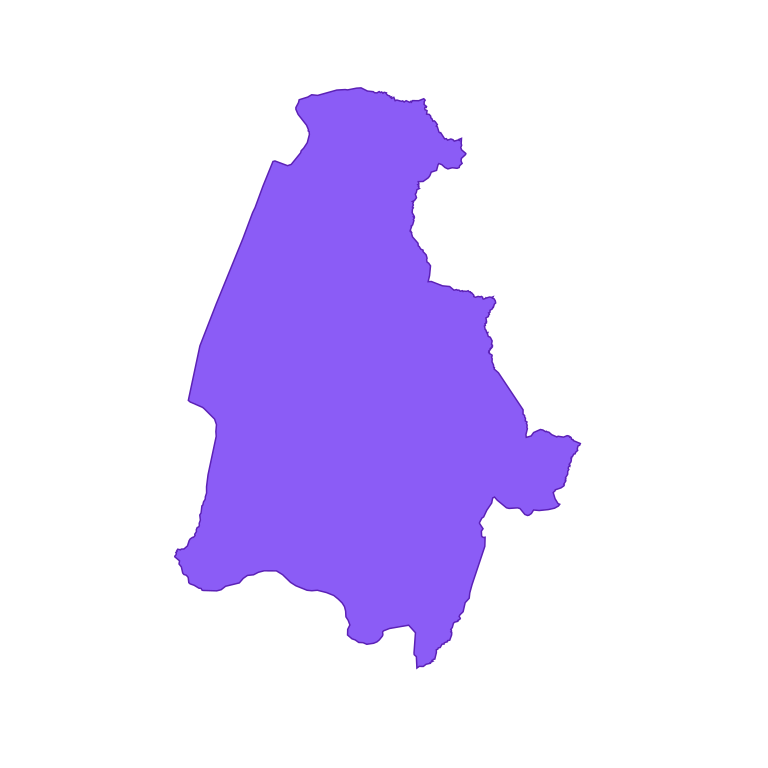 the district of Sawla-tuna-kalba, Northern, Ghana, rotated 299°
{"feature_id": "2480657B66384530229883", "entity_name": "Sawla-tuna-kalba", "entity_type": "district", "adm_level": 2, "iso_a3": "GHA", "parent_name": "Ghana", "parent_adm1": "Northern", "projection": "orthographic", "projection_center": [-2.328, 9.481], "detail": "fine", "context": "isolated", "style": "filled", "palette": "violet", "viewbox_px": 768, "rotation_deg": 299, "n_neighbors": 0, "source": "geoboundaries", "source_scale": "gbopen_adm2", "svg_char_len": 6171}
<svg xmlns="http://www.w3.org/2000/svg" viewBox="0 0 768 768"><g transform="rotate(299 384 384)"><path d="M328.1,204.5L274.8,220.8L274.3,223.2L275.6,236.7L275.2,238.8L271.2,252.8L267.2,257.2L260.9,260.0L256.9,262.6L219.3,274.1L208.1,278.6L202.6,281.7L198.8,282.4L196.5,283.5L193.4,283.3L190.3,284.2L189.1,283.8L182.6,286.5L180.1,286.4L175.9,289.4L172.6,289.9L170.7,291.1L169.2,291.2L167.9,290.2L165.5,290.5L164.0,291.5L160.9,291.3L159.8,292.2L157.5,291.7L157.1,290.9L154.5,289.6L152.6,289.5L147.1,290.6L142.7,289.0L141.3,286.7L140.3,286.4L139.5,283.7L137.3,283.6L137.1,284.1L135.6,283.7L135.2,284.5L133.9,284.9L131.9,284.5L131.4,284.9L130.2,290.9L127.2,292.0L125.8,295.4L121.1,299.6L120.4,301.3L120.9,303.8L119.9,306.5L115.6,309.6L115.2,311.3L115.9,315.5L115.7,321.1L116.5,323.2L115.5,324.7L115.7,325.8L122.0,338.0L125.1,341.3L130.3,343.5L139.9,353.9L145.7,355.1L150.4,357.4L153.9,362.4L158.4,365.4L162.5,369.7L168.4,380.5L168.1,387.7L165.2,398.4L164.8,404.7L166.3,416.7L168.2,421.1L171.3,425.7L173.7,434.8L174.7,442.6L173.7,448.3L172.2,453.6L170.1,457.4L166.8,460.5L161.9,463.6L159.9,467.3L156.7,471.0L151.8,471.2L146.8,473.8L145.6,479.5L146.2,482.9L145.7,487.2L147.6,491.1L148.0,495.1L152.2,500.6L155.1,502.9L158.0,504.0L162.8,504.8L164.1,504.6L166.4,503.0L167.8,503.2L172.8,507.3L185.0,522.5L181.7,532.1L163.4,540.6L161.9,541.6L161.2,544.5L151.5,550.5L154.1,551.7L156.0,555.3L159.3,556.7L162.2,559.9L162.6,559.4L164.9,560.9L164.7,560.2L165.4,560.0L165.5,560.5L167.2,560.7L168.0,561.8L174.5,560.0L177.0,558.6L178.1,559.6L179.5,559.4L180.8,560.9L184.6,560.9L185.7,562.6L186.5,562.2L187.4,562.6L189.3,564.4L190.4,564.0L191.8,565.7L197.3,564.8L199.4,563.8L199.6,562.7L200.2,563.0L201.5,562.2L201.7,561.4L204.1,561.8L208.5,560.7L210.0,561.3L212.1,563.5L212.8,563.7L213.0,563.2L215.1,564.4L216.1,564.3L217.1,562.4L218.8,562.3L223.2,563.6L232.1,561.0L237.9,562.4L242.9,560.3L251.1,558.3L290.9,550.9L299.0,546.7L298.1,545.6L297.9,544.1L298.5,543.0L302.5,540.5L305.4,540.8L308.4,535.1L309.2,534.7L314.1,534.6L316.1,535.6L323.4,535.1L332.1,535.9L337.0,534.3L338.7,535.5L337.3,539.3L335.1,551.1L335.8,553.7L340.4,560.8L341.0,563.3L338.2,570.4L338.6,573.3L339.6,574.4L342.2,575.7L346.3,575.9L348.6,581.1L353.9,588.7L358.1,593.4L361.8,595.7L364.0,596.0L363.8,594.2L366.6,589.2L371.1,584.6L373.7,585.4L374.5,585.1L379.0,589.2L382.1,590.7L383.2,590.6L383.5,589.8L387.5,590.0L387.8,589.1L389.3,589.1L389.8,588.2L394.1,588.4L396.7,587.0L398.9,587.1L399.3,586.2L400.7,585.6L402.2,585.8L402.1,586.4L403.1,586.1L403.6,584.9L406.5,585.3L408.6,584.6L409.4,583.7L410.3,584.0L410.7,583.3L411.9,584.0L414.6,583.9L415.6,585.0L417.1,584.7L419.8,585.6L420.9,584.5L423.8,583.7L425.3,584.8L427.1,584.6L426.3,577.0L427.0,576.3L426.6,574.8L427.9,573.6L428.1,572.6L427.5,572.2L428.2,571.0L427.6,569.2L424.6,566.8L422.7,561.6L421.5,560.8L421.0,555.3L421.8,551.5L421.2,550.0L421.4,549.0L420.6,548.3L420.8,545.3L420.0,542.8L414.1,538.4L409.9,537.9L406.3,534.3L408.5,532.7L414.6,531.0L415.2,530.1L417.5,529.1L418.5,527.7L420.1,527.5L420.3,525.4L422.7,524.3L423.1,523.2L424.6,522.2L425.1,520.2L428.9,518.1L449.3,478.6L450.5,473.1L451.9,472.6L451.8,471.8L453.7,470.6L455.8,467.7L458.5,466.4L459.8,464.9L461.0,465.0L461.7,464.4L461.8,461.4L462.5,460.1L463.2,459.9L463.3,460.4L464.1,459.7L465.6,460.4L466.1,459.8L467.0,459.8L467.2,460.5L469.1,460.8L469.3,460.1L470.5,460.1L470.8,458.8L474.1,457.7L476.4,454.3L476.2,452.1L478.2,450.0L479.4,449.9L478.8,448.9L480.6,447.0L480.8,446.0L483.4,443.7L484.3,444.3L485.7,443.1L487.0,443.9L487.6,443.2L488.1,443.6L491.2,441.1L493.6,442.6L494.7,442.1L496.1,442.4L496.9,441.0L498.1,441.9L499.9,441.0L501.9,442.2L503.9,442.1L504.0,442.5L507.4,441.8L509.0,442.4L510.7,441.0L511.9,438.9L511.6,437.2L513.1,437.1L512.0,436.2L511.2,434.1L508.9,431.9L508.9,431.3L508.2,431.3L506.6,430.0L506.5,429.1L507.7,428.1L507.8,426.7L506.8,425.8L506.2,423.8L504.2,422.0L504.0,420.1L505.1,419.6L506.3,416.3L505.9,415.7L506.5,414.8L505.9,413.9L506.4,412.4L505.0,411.2L503.9,408.7L503.2,408.3L503.6,407.3L502.1,405.7L502.5,404.0L501.6,402.7L501.8,401.8L500.0,399.7L501.1,394.2L498.2,387.5L496.6,375.7L494.9,373.0L500.9,371.3L509.9,367.4L511.3,364.6L511.6,362.4L513.4,361.0L514.9,360.7L517.4,358.2L518.7,354.0L520.0,353.3L519.8,350.7L521.3,348.2L521.4,347.0L523.6,345.5L526.5,337.6L528.9,335.2L529.9,334.8L530.1,333.2L530.7,333.4L530.9,332.5L535.1,331.8L535.3,331.2L537.0,331.9L541.5,330.9L542.0,330.0L543.8,330.0L544.4,328.8L544.9,329.5L545.4,329.0L547.5,325.6L550.7,324.1L552.3,324.2L552.5,323.1L554.8,322.9L555.6,321.8L557.7,321.5L557.5,320.5L559.7,321.8L562.7,322.1L565.3,319.3L566.9,319.5L569.9,318.6L572.2,320.2L572.4,319.2L573.8,318.7L573.6,318.2L574.6,317.9L574.8,316.9L575.9,317.6L577.6,315.9L580.1,320.0L585.9,322.8L588.5,323.1L592.2,322.6L596.3,326.4L601.9,325.0L603.4,325.1L603.9,328.2L602.9,332.4L603.1,335.6L606.2,338.8L608.1,343.4L609.8,344.8L611.6,344.3L614.8,345.4L616.4,343.3L618.8,342.3L624.3,344.1L625.3,343.8L626.4,338.4L628.0,336.5L630.4,336.2L631.8,334.9L636.4,332.7L634.3,331.0L633.6,331.8L633.3,330.5L630.5,327.7L631.1,325.9L630.7,323.7L628.1,321.3L628.8,319.6L627.8,318.2L631.3,311.7L630.8,311.4L631.0,309.9L634.8,306.0L634.9,304.7L636.7,304.9L638.3,301.6L638.5,300.3L637.6,299.4L639.4,297.1L639.5,295.8L640.9,295.0L641.7,292.8L640.7,290.4L644.0,289.1L643.8,286.9L644.8,285.9L645.9,285.7L646.4,286.9L647.3,286.7L647.9,283.6L650.4,282.3L652.2,282.4L652.8,280.5L648.6,277.0L645.7,271.6L644.0,271.4L644.5,270.7L644.2,270.3L642.8,270.1L642.5,266.0L640.4,264.9L640.7,263.1L639.7,262.2L638.6,257.6L637.2,256.4L639.5,253.6L637.5,252.1L637.9,251.1L638.5,251.1L637.9,250.5L638.7,249.4L638.3,247.0L639.2,244.9L639.8,244.9L639.2,242.7L637.8,242.1L638.3,240.4L637.2,239.6L637.4,238.0L635.2,236.7L634.2,234.6L634.5,232.9L632.2,227.5L631.9,220.4L629.4,216.5L623.6,209.6L622.7,207.3L618.2,200.2L604.3,186.1L601.9,180.5L598.0,178.2L591.5,172.0L588.6,172.8L583.1,172.9L581.5,173.8L578.2,178.1L572.8,190.8L569.9,194.5L568.6,195.0L568.5,196.1L566.0,197.8L557.9,199.9L551.3,199.4L547.9,198.5L545.7,199.0L531.1,196.4L528.2,193.8L526.2,180.5L524.8,179.0L498.4,182.2L475.8,185.7L470.2,186.0L442.7,190.1L372.4,198.5L328.1,204.5Z" fill="#8b5cf6" stroke="#5b21b6" stroke-width="1.5"/></g></svg>